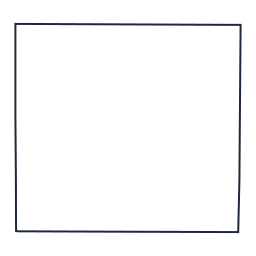 Clinton, Missouri, United States of America (Natural Earth projection)
{"feature_id": "52423323B8236601401244", "entity_name": "Clinton", "entity_type": "district", "adm_level": 2, "iso_a3": "USA", "parent_name": "United States of America", "parent_adm1": "Missouri", "projection": "natural_earth1", "projection_center": [-94.481, 39.601], "detail": "fine", "context": "isolated", "style": "outline", "palette": "slate", "viewbox_px": 256, "rotation_deg": 0, "n_neighbors": 0, "source": "geoboundaries", "source_scale": "gbopen_adm2", "svg_char_len": 248}
<svg xmlns="http://www.w3.org/2000/svg" viewBox="0 0 256 256"><path d="M15.4,23.9L15.4,116.7L15.9,178.4L16.0,220.9L16.1,231.1L18.8,231.3L94.3,231.6L238.2,232.1L239.4,180.5L240.6,24.9L15.4,23.9Z" fill="none" stroke="#1e293b" stroke-width="2"/></svg>